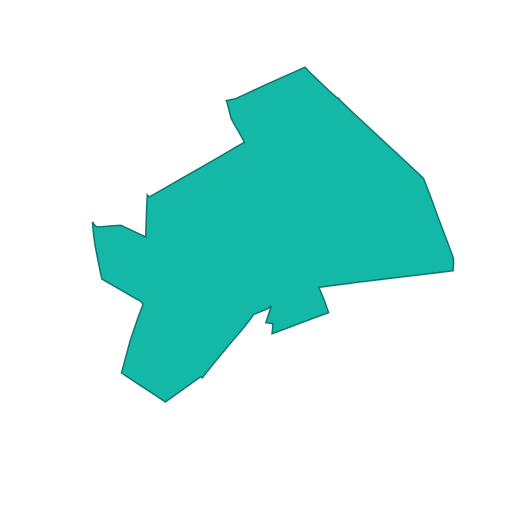 the district of Zimandu Nou, Arad, Romania, rotated 140°
{"feature_id": "2599482B63930255297686", "entity_name": "Zimandu Nou", "entity_type": "district", "adm_level": 2, "iso_a3": "ROU", "parent_name": "Romania", "parent_adm1": "Arad", "projection": "albers", "projection_center": [21.398, 46.275], "detail": "fine", "context": "isolated", "style": "filled", "palette": "teal", "viewbox_px": 512, "rotation_deg": 140, "n_neighbors": 0, "source": "geoboundaries", "source_scale": "gbopen_adm2", "svg_char_len": 1657}
<svg xmlns="http://www.w3.org/2000/svg" viewBox="0 0 512 512"><g transform="rotate(140 256 256)"><path d="M434.2,252.9L431.6,243.9L427.7,230.7L422.5,213.6L419.3,202.4L419.1,202.4L385.0,199.8L375.9,199.1L375.5,197.2L355.4,201.3L328.2,206.2L313.6,208.6L300.2,211.4L295.4,212.7L280.3,207.9L277.0,208.2L276.7,207.7L291.3,198.6L291.0,198.4L287.2,194.0L286.5,193.3L288.5,191.2L293.7,186.1L288.9,184.4L268.7,177.3L252.5,171.6L236.8,165.9L232.2,178.1L228.4,190.1L228.2,191.6L223.4,188.7L214.8,183.2L203.7,176.0L194.3,170.1L168.2,153.1L123.1,123.6L117.5,120.0L114.2,117.9L113.8,118.9L112.3,120.4L109.3,123.4L106.2,127.4L100.7,142.7L91.4,169.3L88.3,177.7L85.1,186.5L84.4,188.5L83.7,190.3L77.8,207.8L80.1,227.4L81.5,238.3L82.0,243.0L82.8,249.0L83.6,255.1L86.0,274.5L88.5,294.6L89.5,302.5L91.4,320.2L91.3,323.9L92.1,324.7L92.6,326.7L93.3,332.2L93.9,336.2L94.0,337.4L95.8,353.6L96.7,361.1L96.8,361.8L96.9,364.4L97.1,369.1L100.8,370.2L102.2,370.5L110.3,372.9L133.7,379.6L138.6,381.0L170.5,389.6L177.0,393.1L178.2,393.8L178.9,394.1L179.0,393.9L179.2,393.4L179.3,392.8L179.5,392.0L180.0,391.1L186.7,377.2L188.1,370.2L190.3,357.5L191.8,350.5L200.4,352.2L218.7,355.2L233.5,357.9L240.0,359.0L251.3,361.1L261.4,362.9L299.9,369.8L300.0,372.7L300.4,372.2L303.2,369.2L308.7,363.3L326.1,343.9L328.2,341.4L331.3,348.1L331.9,349.3L339.8,366.4L345.0,370.3L349.3,373.3L358.6,379.9L359.7,382.2L359.7,385.1L359.4,386.6L359.7,386.6L359.9,386.6L366.4,377.1L367.6,375.3L372.9,366.8L378.5,356.7L385.5,343.9L388.9,337.5L385.2,327.4L380.2,313.6L377.4,305.7L375.1,299.6L373.4,295.3L373.5,291.6L385.2,285.1L406.4,272.3L434.2,252.9Z" fill="#14b8a6" stroke="#0f766e" stroke-width="1.5"/></g></svg>